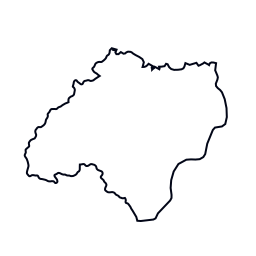 outline of Branicevski, rotated 106°
{"feature_id": "SRB-279", "entity_name": "Branicevski", "entity_type": "District", "adm_level": 1, "iso_a3": "SRB", "parent_name": "Republic of Serbia", "parent_adm1": "", "projection": "mercator", "projection_center": [21.622, 44.446], "detail": "fine", "context": "isolated", "style": "outline", "palette": "ink", "viewbox_px": 256, "rotation_deg": 106, "n_neighbors": 0, "source": "natural_earth", "source_scale": "10m", "svg_char_len": 5955}
<svg xmlns="http://www.w3.org/2000/svg" viewBox="0 0 256 256"><g transform="rotate(106 128 128)"><path d="M97.4,35.6L97.5,35.7L100.6,38.1L103.6,44.5L106.5,45.9L121.2,47.5L131.8,46.6L135.2,47.6L138.2,50.5L139.7,54.4L140.8,58.8L142.4,63.2L148.7,69.6L157.2,72.1L166.2,72.1L173.9,70.5L180.3,67.7L183.3,66.9L186.1,67.5L201.8,75.7L207.3,76.6L209.0,78.4L213.9,90.1L214.6,93.5L211.2,95.5L206.2,100.8L204.6,102.7L203.1,104.0L201.6,105.9L201.0,106.7L200.7,107.3L200.6,107.8L200.6,108.9L200.5,109.4L200.2,109.7L199.9,109.9L199.6,110.0L198.5,110.1L197.6,110.4L197.1,110.7L196.6,111.1L196.1,111.7L196.5,112.5L196.8,113.1L197.0,113.7L197.1,114.5L197.0,115.3L197.0,116.5L196.9,116.8L196.8,117.2L196.1,118.1L195.9,118.5L195.7,119.4L195.4,121.1L195.2,121.5L195.0,121.8L194.3,122.8L194.1,123.1L194.0,123.5L193.9,124.1L193.9,124.6L193.9,125.2L194.0,125.7L194.8,127.6L195.1,128.7L195.2,129.3L195.2,129.8L195.1,130.3L194.4,132.2L194.1,132.6L193.8,133.0L193.5,133.1L193.1,133.2L192.6,133.3L191.5,133.3L190.9,133.2L189.6,133.0L189.1,133.0L188.3,133.2L187.9,133.5L187.2,134.2L187.0,134.5L186.5,135.5L186.1,136.1L185.7,136.5L185.1,136.9L184.8,137.3L184.6,137.7L183.7,139.6L183.3,140.3L183.0,140.5L182.7,140.6L182.2,140.7L181.9,140.6L180.2,139.9L179.7,139.8L179.2,139.8L178.7,139.9L178.3,140.0L177.7,140.4L177.4,140.7L177.2,141.0L177.0,141.4L176.9,142.0L176.7,144.7L176.6,145.3L176.3,146.0L176.0,146.5L175.7,146.9L175.2,147.2L174.0,147.9L173.6,148.2L173.2,148.9L172.9,149.5L172.7,150.2L172.7,151.5L172.7,152.8L172.9,153.4L173.0,153.8L173.3,154.1L173.5,154.4L175.1,155.7L175.6,156.4L175.9,157.1L176.0,157.6L175.9,158.1L175.7,158.6L175.1,159.5L174.9,160.0L174.9,160.5L175.0,161.1L175.9,162.9L176.4,164.2L178.4,163.7L180.9,163.0L181.4,162.9L182.0,162.9L182.5,163.0L183.0,163.1L183.4,163.4L184.3,164.2L185.0,164.4L186.1,164.7L186.9,165.1L187.5,165.5L189.1,167.3L189.5,168.1L189.9,169.3L190.0,169.8L189.9,171.0L189.9,171.5L190.4,173.3L190.4,173.8L190.2,175.0L190.1,175.7L190.2,176.1L190.5,176.9L190.6,177.5L190.6,178.2L190.6,178.9L190.2,180.8L190.2,181.9L190.3,182.4L190.5,182.8L190.7,183.0L191.9,184.0L192.6,184.8L193.0,185.3L193.4,185.6L193.7,185.6L194.0,185.6L194.5,185.3L194.9,185.0L195.5,184.2L196.7,182.6L197.1,182.2L197.5,181.8L197.9,181.6L198.6,181.2L199.0,181.1L199.4,181.1L200.1,181.4L200.4,181.6L200.6,181.9L200.8,182.3L200.9,182.6L200.8,183.0L200.7,183.3L200.0,184.2L199.9,184.5L199.8,184.9L199.8,185.4L199.9,185.7L200.1,186.6L200.8,188.1L201.0,189.1L201.1,189.6L201.1,190.2L201.0,190.8L200.7,192.1L200.6,193.2L200.7,195.6L200.8,196.8L201.0,197.6L201.0,198.1L201.0,198.6L200.8,199.2L200.5,199.8L200.1,200.3L199.2,201.0L198.8,201.5L198.7,201.8L198.7,202.1L198.7,202.5L199.1,203.4L199.2,204.0L199.4,206.0L199.6,206.7L199.7,207.1L199.9,207.4L201.2,208.7L201.4,209.1L201.5,209.6L201.4,209.9L201.2,210.3L200.3,211.7L199.8,212.3L199.5,212.6L199.1,212.8L198.7,212.9L198.1,213.0L196.7,213.1L193.2,213.1L192.5,213.1L191.5,213.3L190.6,213.7L189.5,214.3L188.4,214.9L187.6,215.4L185.7,216.8L185.3,217.2L184.1,218.7L183.6,219.2L183.1,219.6L182.8,219.7L182.4,219.8L181.8,219.8L180.0,219.5L179.4,219.6L177.9,220.2L177.0,220.4L176.7,220.3L175.2,219.4L173.4,218.2L172.9,218.0L172.3,218.1L170.3,219.0L169.8,219.1L169.3,219.2L169.0,219.1L168.2,218.9L167.0,218.4L166.1,217.8L165.0,216.5L164.1,215.3L163.8,214.9L163.5,214.8L162.6,214.5L160.9,214.2L160.4,214.3L160.0,214.4L159.6,214.5L158.3,215.5L157.3,216.0L156.8,216.2L155.9,216.3L155.2,216.2L154.3,215.8L152.9,215.3L152.6,215.1L152.2,214.8L151.8,214.4L151.7,214.1L151.3,212.3L151.1,211.9L150.8,211.6L148.8,210.0L148.3,209.7L147.5,209.3L146.6,209.0L145.7,208.9L145.2,208.9L143.9,209.0L142.9,209.1L142.3,209.0L140.4,208.4L139.7,208.3L139.0,208.3L138.3,208.4L137.4,208.9L136.7,209.0L136.2,208.9L135.8,208.7L134.0,207.9L132.6,207.7L131.8,207.4L131.1,207.0L130.9,206.7L130.7,206.3L130.5,205.5L130.0,203.9L129.7,202.5L129.6,202.2L129.3,201.8L128.7,201.4L127.6,200.8L127.2,200.4L126.7,199.8L126.0,198.7L125.3,198.2L124.0,197.2L121.7,195.0L120.5,193.4L119.6,192.3L118.5,192.7L117.4,193.0L116.5,193.1L115.7,193.0L115.3,192.8L114.1,192.0L113.6,191.6L112.6,190.3L112.1,189.9L111.8,189.7L111.1,189.3L110.7,189.2L110.2,189.2L106.8,189.5L106.1,189.6L105.7,189.8L105.3,190.0L104.8,190.4L104.4,190.8L104.1,191.1L103.7,192.0L103.5,192.4L103.3,192.5L100.5,192.5L99.1,192.7L98.5,192.7L98.0,192.6L97.6,192.5L97.0,192.1L96.7,191.9L96.4,191.3L96.4,190.9L96.5,190.5L97.4,189.3L97.7,188.7L98.2,187.2L98.8,185.8L98.9,185.3L98.9,184.9L98.7,184.5L98.5,184.1L98.1,183.8L97.7,183.7L96.3,183.5L95.8,183.3L95.1,183.0L94.7,182.6L94.1,181.4L93.2,180.0L93.0,179.5L92.9,179.0L92.9,178.5L93.0,177.8L93.1,177.2L93.0,176.7L92.7,176.0L92.3,175.3L92.0,174.8L91.5,174.3L89.6,172.9L85.8,169.6L85.0,171.7L84.4,172.8L84.2,173.5L83.7,175.4L83.4,176.1L82.9,176.8L81.5,178.3L81.3,178.5L81.0,178.6L80.7,178.6L80.2,178.5L78.9,177.7L78.5,177.5L77.5,177.3L75.8,177.1L75.2,177.0L74.5,176.6L73.4,175.6L72.7,174.6L72.5,174.1L72.3,173.6L72.0,172.1L71.8,171.7L71.6,171.4L69.6,169.9L67.9,168.9L67.4,168.7L66.9,168.5L65.2,168.3L64.7,168.2L64.2,168.0L63.9,167.8L63.2,167.1L62.7,166.8L62.1,166.6L61.4,166.5L60.6,166.5L58.3,166.9L55.8,165.6L55.8,163.9L57.0,163.9L57.0,162.4L55.8,162.4L55.8,160.6L58.9,160.9L60.2,159.5L59.6,157.5L57.0,155.8L57.8,152.8L57.1,151.3L55.7,150.4L54.6,149.0L54.1,146.5L54.3,145.2L55.0,143.7L55.8,140.8L56.6,136.8L57.8,133.2L60.4,130.9L65.3,130.8L64.7,129.0L63.7,127.7L62.3,126.7L60.6,125.9L61.8,120.9L63.2,121.9L63.7,121.8L64.1,121.3L65.3,120.9L64.4,120.4L63.8,119.9L63.2,119.4L61.8,119.1L62.6,115.3L62.9,114.1L61.8,114.1L60.5,115.0L59.8,112.7L58.5,109.9L55.8,109.1L55.8,107.5L58.2,105.2L59.4,102.7L59.4,99.7L58.2,95.9L56.8,92.7L55.4,91.2L53.4,90.7L49.8,90.7L50.3,86.1L46.5,80.2L48.7,77.4L47.8,76.2L45.3,73.6L43.9,72.6L44.2,71.4L44.8,68.5L45.2,67.4L43.3,67.2L42.0,65.9L41.5,63.8L41.4,61.2L48.5,60.1L52.9,56.6L54.5,55.6L56.8,55.4L61.2,55.8L63.4,54.9L64.9,52.7L66.1,49.9L67.8,47.5L73.6,43.0L81.7,38.8L90.3,36.0L97.4,35.6Z" fill="none" stroke="#020617" stroke-width="2"/></g></svg>